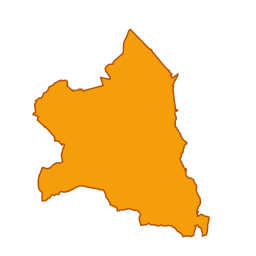 Piatra-Neamt, Neamt, Romania (Robinson projection), rotated 280°
{"feature_id": "2599482B9055838557903", "entity_name": "Piatra-Neamt", "entity_type": "district", "adm_level": 2, "iso_a3": "ROU", "parent_name": "Romania", "parent_adm1": "Neamt", "projection": "robinson", "projection_center": [26.355, 46.921], "detail": "fine", "context": "isolated", "style": "filled", "palette": "amber", "viewbox_px": 256, "rotation_deg": 280, "n_neighbors": 0, "source": "geoboundaries", "source_scale": "gbopen_adm2", "svg_char_len": 5628}
<svg xmlns="http://www.w3.org/2000/svg" viewBox="0 0 256 256"><g transform="rotate(280 128 128)"><path d="M88.7,200.9L89.3,199.5L89.5,198.5L89.5,198.0L89.1,197.2L89.3,196.9L89.6,196.0L89.8,195.7L90.3,194.7L91.0,194.0L91.1,193.6L91.4,193.4L92.5,192.9L95.2,192.6L97.4,192.6L97.8,192.1L97.1,191.6L96.7,191.5L106.6,184.4L107.9,185.1L109.0,185.2L109.5,185.5L110.7,185.5L111.8,184.8L113.0,186.1L113.8,186.4L115.9,186.2L118.4,186.6L118.6,186.5L120.0,186.5L121.7,187.5L122.7,188.4L123.1,188.6L123.5,188.7L126.5,183.9L129.7,181.3L131.3,180.5L133.2,178.6L134.5,177.7L135.8,176.1L137.0,175.5L137.1,175.4L137.3,174.4L137.8,174.4L138.7,174.1L139.7,174.0L140.7,173.8L141.3,173.4L142.0,173.5L142.4,173.3L146.0,173.9L147.7,173.2L148.0,172.8L149.0,172.2L150.9,171.5L152.4,171.6L153.2,173.2L154.0,173.8L154.6,172.6L154.2,172.5L154.3,172.3L154.6,171.7L154.4,171.5L154.3,171.2L156.6,171.0L164.5,168.3L174.6,165.4L176.4,165.5L177.0,165.8L177.3,165.5L177.6,164.5L188.4,167.8L188.8,167.8L189.7,167.7L185.1,163.2L185.2,162.8L186.3,161.8L187.2,161.1L187.0,160.9L187.3,160.6L188.6,161.7L190.6,158.7L191.5,159.0L192.5,156.6L196.1,152.0L208.2,137.7L209.0,137.9L209.9,134.8L225.5,113.1L225.3,112.8L223.7,111.9L217.4,110.8L215.5,110.1L211.9,109.2L208.0,109.3L203.5,110.0L200.8,110.1L190.8,102.2L190.0,102.0L188.5,102.2L188.2,101.7L187.9,100.9L187.6,98.8L185.6,96.6L183.9,95.6L183.0,95.2L182.1,95.3L181.2,95.9L180.0,96.3L179.3,97.1L178.7,98.0L177.7,98.6L177.5,99.1L176.2,100.1L175.3,101.1L175.1,101.6L174.8,101.6L172.7,101.7L173.0,92.3L165.5,96.1L164.0,93.0L157.8,79.5L156.5,77.6L157.5,77.0L157.8,76.6L158.1,75.3L157.9,74.5L158.0,73.8L157.9,73.6L157.0,74.3L156.9,74.2L157.3,73.3L157.2,72.7L156.4,71.3L155.6,69.0L155.7,67.5L155.0,67.6L155.0,67.3L155.0,67.1L156.6,64.5L158.2,61.5L158.9,60.7L159.9,61.2L160.2,60.9L160.8,60.6L161.8,60.7L163.5,59.9L164.2,57.9L163.7,56.9L163.4,56.1L163.4,55.1L163.5,54.7L163.3,53.5L163.0,53.0L163.0,52.8L162.2,51.8L161.8,50.9L161.0,50.5L160.8,49.8L160.4,49.5L160.2,49.0L159.3,47.9L157.7,46.9L157.0,46.2L156.2,45.4L155.5,44.2L154.7,43.3L153.7,42.9L151.4,42.5L150.5,42.1L149.4,41.5L148.8,40.7L148.5,39.9L147.6,38.9L146.9,38.7L145.0,38.6L143.5,37.7L142.5,37.5L142.3,36.8L142.2,35.4L141.7,34.8L140.7,34.3L139.7,33.6L139.1,32.7L139.0,32.2L137.4,32.9L136.0,32.4L135.2,32.4L135.2,32.1L134.6,32.2L133.7,32.2L132.6,32.7L127.8,34.2L126.7,32.9L125.5,32.6L124.9,32.2L124.4,32.4L124.4,32.7L125.0,34.2L124.5,34.7L124.2,35.3L123.6,37.8L120.2,37.2L116.7,42.8L114.5,45.9L114.4,46.3L114.8,46.5L114.3,47.2L113.8,47.8L112.4,49.7L107.7,55.4L107.4,56.2L105.8,57.4L104.8,57.6L102.6,58.3L102.8,58.7L102.6,59.0L103.0,59.5L103.0,60.3L103.1,60.5L102.9,61.1L103.0,61.2L102.9,61.6L103.0,61.9L102.8,62.5L102.2,62.7L100.2,65.4L99.7,65.7L100.2,66.2L100.5,66.3L100.4,66.4L100.6,66.5L100.7,66.8L101.0,67.8L100.6,68.1L98.5,68.3L98.3,68.1L97.3,67.9L96.9,67.6L95.7,67.4L92.9,67.5L92.2,67.3L91.2,67.3L90.8,67.0L90.4,66.9L89.2,67.4L88.4,67.5L84.8,68.9L83.7,69.6L83.3,69.0L82.2,68.0L81.8,67.4L81.5,65.6L81.1,63.5L80.8,63.1L78.4,60.4L75.0,58.1L75.0,57.5L73.9,56.2L74.0,54.8L73.9,53.8L74.4,52.3L74.1,52.0L74.0,51.5L74.1,51.1L74.3,50.7L74.2,50.6L73.9,50.4L73.0,50.4L72.1,50.0L71.4,50.1L70.1,49.8L69.1,49.8L66.3,48.8L61.1,48.7L56.6,49.5L54.1,50.3L53.4,50.3L52.2,51.2L51.0,52.4L49.8,54.1L48.2,55.3L47.1,55.4L45.9,55.2L42.5,55.8L41.2,56.2L41.6,56.8L41.7,58.4L42.6,59.9L43.5,60.8L44.5,61.4L44.8,62.0L45.6,62.9L46.2,63.3L48.1,64.2L49.0,65.0L49.1,65.7L48.6,67.1L50.3,68.9L50.4,70.2L50.6,71.2L51.2,71.6L52.8,71.6L53.3,72.5L53.9,73.7L53.8,75.7L54.0,77.3L54.7,78.9L56.0,81.3L57.8,83.4L58.2,84.6L58.5,85.0L60.2,86.4L60.6,87.4L61.4,88.4L61.7,89.4L61.9,89.8L62.6,90.1L63.3,95.2L63.1,96.2L62.9,96.1L62.8,97.1L62.7,110.3L62.4,111.7L62.4,112.6L62.7,114.3L62.5,114.7L61.1,116.0L61.0,115.8L58.9,117.4L58.3,117.6L57.8,117.6L57.5,117.8L56.5,118.0L56.1,118.4L55.5,119.3L54.6,120.1L53.7,121.1L51.0,123.1L49.6,123.6L49.2,124.0L48.5,127.6L47.8,129.9L47.4,130.5L46.9,131.2L46.3,131.6L45.8,131.7L44.5,131.8L45.0,133.5L45.4,134.1L46.1,134.7L46.5,137.5L46.5,138.3L46.9,139.1L47.8,140.2L48.0,141.7L48.3,142.3L48.8,143.0L48.9,143.6L48.4,146.0L48.1,148.1L48.3,150.8L48.1,151.9L47.7,152.6L45.9,154.8L45.2,155.5L44.4,155.4L43.6,155.2L42.4,154.5L39.4,155.2L36.7,156.5L35.5,157.3L34.4,157.5L34.9,159.1L35.6,160.6L35.6,161.5L35.6,162.2L36.0,163.0L37.5,164.6L37.7,165.2L37.7,165.6L37.3,166.0L36.9,166.3L36.9,167.6L36.6,168.2L37.0,168.9L37.3,169.9L37.3,170.8L36.8,173.3L36.9,175.0L37.2,175.7L38.2,177.5L38.2,178.0L37.9,178.5L37.8,180.4L38.1,181.9L38.5,183.3L39.0,184.0L39.1,184.8L39.1,186.2L39.3,187.8L38.4,189.2L37.7,191.6L36.8,192.7L36.1,193.2L35.3,194.4L34.9,194.7L34.8,195.5L34.4,196.2L34.0,196.7L33.9,197.6L32.9,199.3L31.2,200.7L30.6,201.0L32.0,204.9L32.1,205.9L32.3,206.2L32.4,206.6L32.1,208.5L32.2,209.3L32.8,210.0L33.6,211.2L36.5,211.2L37.1,211.1L41.2,212.0L41.8,211.9L42.7,211.2L43.1,211.0L43.5,211.0L43.7,211.4L43.7,212.3L43.9,212.7L44.6,213.4L44.6,213.6L42.5,214.8L42.6,215.7L42.7,216.3L42.7,216.5L41.3,217.7L40.7,218.1L39.6,218.3L36.4,220.0L34.6,220.1L36.0,222.9L36.7,223.8L37.2,223.9L40.2,223.9L41.8,223.7L43.7,223.8L44.8,223.6L46.0,223.2L46.4,223.1L49.1,223.5L51.5,223.6L53.5,223.5L54.0,223.3L54.4,223.0L54.3,222.2L54.6,220.9L54.5,219.3L54.7,218.5L54.9,217.9L55.2,217.5L55.8,215.0L53.7,212.7L53.2,211.6L54.8,211.5L55.6,210.8L56.0,210.5L56.4,211.0L57.3,211.7L57.8,211.7L57.2,210.5L57.3,210.3L57.5,210.1L58.1,210.1L59.9,210.7L61.2,210.7L62.7,211.0L63.8,211.6L64.9,212.0L66.0,212.2L68.3,212.1L69.9,211.6L71.0,211.0L72.1,210.6L74.6,208.3L77.2,206.6L78.5,206.1L79.8,205.8L80.5,205.8L81.8,206.0L83.4,205.2L84.7,203.9L88.1,201.6L88.7,200.9Z" fill="#f59e0b" stroke="#b45309" stroke-width="1.5"/></g></svg>